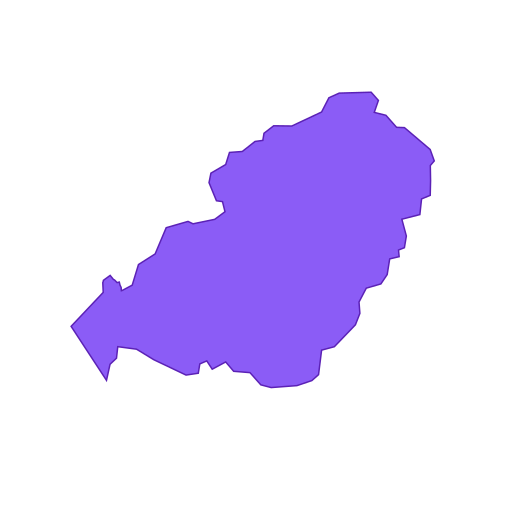 Jackson, North Carolina, United States of America, rotated 75°
{"feature_id": "52423323B32071814901819", "entity_name": "Jackson", "entity_type": "district", "adm_level": 2, "iso_a3": "USA", "parent_name": "United States of America", "parent_adm1": "North Carolina", "projection": "orthographic", "projection_center": [-83.144, 35.263], "detail": "fine", "context": "isolated", "style": "filled", "palette": "violet", "viewbox_px": 512, "rotation_deg": 75, "n_neighbors": 0, "source": "geoboundaries", "source_scale": "gbopen_adm2", "svg_char_len": 1191}
<svg xmlns="http://www.w3.org/2000/svg" viewBox="0 0 512 512"><g transform="rotate(75 256 256)"><path d="M337.4,432.6L322.8,425.0L318.6,417.2L307.8,413.0L315.1,395.5L329.7,381.6L352.9,354.4L354.3,342.1L345.7,338.2L344.6,330.7L354.0,327.6L350.5,312.7L361.6,307.4L367.1,292.0L381.7,284.7L387.0,275.4L391.8,250.0L390.8,234.3L386.8,226.3L363.9,217.0L363.9,203.8L348.2,177.8L338.3,170.5L327.1,168.4L315.6,157.8L315.3,142.6L307.9,134.1L293.4,127.6L293.7,117.9L287.1,116.8L286.4,110.5L275.6,105.6L258.2,105.6L258.4,87.0L243.7,81.3L242.5,72.0L228.5,67.9L213.7,64.2L210.3,59.2L198.2,60.2L170.4,79.4L168.1,86.9L153.7,94.1L147.9,104.6L137.4,97.5L127.6,102.4L120.2,133.5L122.0,144.6L133.9,155.4L139.7,187.8L134.8,205.2L139.5,216.5L146.1,219.5L145.1,227.3L151.5,242.2L149.1,254.8L159.8,261.6L164.3,278.1L173.0,282.4L192.4,279.9L194.8,274.3L205.2,274.5L209.9,286.4L208.6,308.5L205.0,312.7L205.4,335.4L227.9,352.9L233.8,371.7L252.1,383.1L254.7,394.3L254.7,395.0L251.4,394.4L249.0,394.9L245.8,394.8L245.7,397.1L242.6,398.8L241.7,399.8L237.0,401.9L240.0,409.7L240.5,409.9L240.8,410.0L241.5,410.5L242.1,410.9L251.6,413.0L276.1,452.8L337.4,432.6Z" fill="#8b5cf6" stroke="#5b21b6" stroke-width="1.5"/></g></svg>